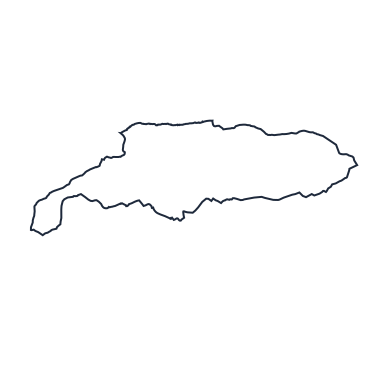 the district of Galautas, Harghita, Romania, rotated 211°
{"feature_id": "2599482B19771129677833", "entity_name": "Galautas", "entity_type": "district", "adm_level": 2, "iso_a3": "ROU", "parent_name": "Romania", "parent_adm1": "Harghita", "projection": "equal_earth", "projection_center": [25.388, 46.905], "detail": "fine", "context": "isolated", "style": "outline", "palette": "slate", "viewbox_px": 384, "rotation_deg": 211, "n_neighbors": 0, "source": "geoboundaries", "source_scale": "gbopen_adm2", "svg_char_len": 6050}
<svg xmlns="http://www.w3.org/2000/svg" viewBox="0 0 384 384"><g transform="rotate(211 192 192)"><path d="M283.5,205.7L282.4,205.5L281.1,205.3L279.7,204.9L277.5,203.7L276.7,202.9L276.3,201.9L275.9,200.6L275.2,197.1L274.3,195.4L273.5,193.6L273.0,192.5L272.4,191.9L271.4,191.5L270.3,191.6L269.8,191.1L269.3,189.7L269.5,188.6L270.5,187.3L271.2,186.0L271.3,185.4L272.0,185.1L273.1,184.1L277.7,181.4L278.2,180.4L278.8,179.6L279.5,179.3L279.9,179.3L281.3,178.8L283.1,178.5L284.1,176.6L284.2,175.2L284.0,174.4L284.3,174.3L286.1,173.6L285.5,171.9L285.3,168.7L284.7,167.0L284.9,166.5L285.4,165.8L285.8,165.1L286.6,164.2L286.9,163.9L287.2,163.9L288.2,162.6L289.4,161.0L291.1,158.7L291.8,157.3L292.7,156.0L293.1,155.1L293.6,154.0L293.7,152.9L294.4,150.5L294.8,149.5L295.9,148.7L296.7,147.7L300.8,141.9L301.7,140.1L301.7,137.5L301.4,136.3L301.5,135.1L302.8,133.6L304.0,130.7L304.8,129.0L310.7,122.0L312.0,120.2L312.5,119.1L313.4,117.9L313.4,115.9L313.9,114.0L314.0,112.7L313.9,111.9L314.4,111.1L315.6,109.8L316.8,108.0L317.8,107.0L318.7,105.7L319.1,104.3L319.5,102.5L319.3,101.0L319.7,99.1L319.5,98.2L316.9,94.4L315.5,91.3L315.1,90.6L314.8,89.6L314.7,88.6L313.9,85.8L312.8,83.8L311.9,78.9L310.5,76.5L309.8,76.7L308.3,78.2L306.9,78.0L305.7,78.0L303.2,78.4L297.7,78.1L296.6,80.9L295.6,82.0L294.8,82.7L293.9,84.5L293.1,85.8L292.9,86.9L292.2,87.9L289.3,90.7L289.6,92.4L289.0,94.5L288.2,96.5L289.4,99.0L290.6,102.4L295.1,109.8L296.7,112.9L298.1,117.5L297.7,120.0L295.7,123.3L292.0,126.2L291.5,126.6L291.5,127.1L291.1,127.8L290.3,128.1L289.8,128.4L288.5,129.3L288.1,129.9L288.1,130.6L286.1,133.0L280.9,132.6L277.0,132.1L274.3,132.2L272.7,132.9L270.8,135.0L269.6,135.8L266.9,135.7L263.6,134.9L262.0,133.8L260.4,133.2L259.0,133.1L257.6,133.6L256.9,134.0L256.1,134.7L255.8,135.4L255.6,136.4L254.7,136.5L254.0,137.3L252.5,138.6L252.1,139.1L251.4,139.8L250.8,140.3L247.2,145.5L246.8,145.3L246.1,146.3L245.4,146.3L241.5,146.6L241.1,146.0L240.4,146.4L240.1,146.9L239.7,148.0L239.8,149.0L237.9,151.3L236.1,154.1L234.9,155.7L234.0,156.7L233.0,157.6L228.5,156.0L226.3,155.1L224.9,156.7L223.8,158.5L223.0,159.3L222.0,159.6L220.8,159.4L219.3,158.9L218.2,157.7L217.6,158.0L217.2,158.6L215.9,157.5L214.7,156.9L213.6,156.5L212.4,156.2L211.0,156.1L209.8,156.2L207.4,156.5L202.7,157.4L197.6,158.0L196.9,157.9L196.8,158.6L196.1,158.5L196.0,159.3L195.9,159.7L193.2,158.7L192.5,159.6L191.7,161.2L191.4,161.6L190.8,161.9L190.3,161.9L189.1,161.4L188.5,161.2L187.7,161.2L187.4,161.5L187.0,161.6L186.8,161.9L186.8,162.3L186.8,162.9L185.5,165.9L187.2,167.7L189.2,170.3L189.4,170.9L189.0,171.3L187.1,171.7L185.5,172.2L180.7,174.6L179.6,177.8L178.8,181.9L178.1,188.8L176.4,193.6L174.4,194.6L170.8,194.3L170.5,197.3L167.4,197.1L165.4,197.5L161.4,197.5L160.9,199.9L159.7,201.7L159.4,201.8L159.0,202.7L158.2,203.8L155.9,204.6L155.6,205.4L154.5,205.8L154.0,206.2L153.9,207.6L152.7,208.4L150.0,209.2L146.1,210.1L144.4,211.3L143.5,212.5L135.9,219.2L129.8,223.7L126.4,224.5L118.3,227.1L114.1,229.5L113.1,230.5L110.5,234.4L104.7,241.3L102.4,243.4L99.7,246.9L95.0,245.7L91.6,246.3L88.3,251.9L85.4,252.0L81.8,256.3L80.4,259.2L80.2,260.4L79.5,260.9L77.2,261.0L77.0,262.3L77.1,265.2L75.7,268.0L75.8,270.7L73.2,273.4L71.2,276.9L70.9,277.4L70.3,278.0L69.6,279.1L67.9,282.9L67.4,283.3L66.9,283.9L66.8,284.6L68.4,291.5L69.0,293.0L64.3,300.1L69.2,302.6L71.3,304.7L72.8,305.0L76.6,304.1L77.9,304.2L79.4,303.8L81.6,302.3L83.0,301.6L84.3,301.2L85.5,301.1L86.2,301.4L86.8,301.9L92.8,306.7L108.5,307.5L111.9,306.6L113.1,306.5L114.8,305.9L115.8,306.0L117.4,305.5L118.6,305.5L119.2,305.4L120.6,304.5L121.4,304.1L122.5,303.7L126.4,302.7L127.4,302.3L128.1,301.9L128.8,301.3L129.4,300.8L131.2,298.9L131.3,298.4L132.5,296.2L132.8,295.8L133.9,295.2L137.2,293.9L139.0,292.0L141.0,290.3L142.9,289.0L144.5,288.1L146.3,286.5L147.7,285.5L150.5,283.3L151.4,282.8L152.3,282.5L153.4,281.9L154.4,281.0L155.3,280.7L156.1,280.1L156.7,280.0L157.7,280.1L158.4,279.9L161.4,280.7L165.6,281.3L166.8,280.9L168.2,280.5L170.0,280.3L171.0,280.1L171.5,280.3L172.6,280.2L173.4,279.8L173.8,279.6L175.0,279.2L175.3,279.0L175.7,278.9L176.2,279.0L176.8,279.0L177.3,278.7L177.8,278.5L178.9,277.9L180.7,277.3L182.9,276.0L185.7,274.0L188.4,270.9L188.6,269.1L189.0,268.4L189.6,267.9L190.7,267.4L191.6,266.4L194.5,264.2L197.4,261.8L198.7,262.3L202.5,262.6L202.9,262.7L204.8,261.4L205.6,260.5L206.3,260.1L207.2,259.9L208.4,260.4L209.0,260.9L210.9,263.0L211.2,263.7L212.1,263.1L213.8,262.1L215.9,260.5L218.6,257.9L218.6,257.7L218.9,257.5L219.3,257.6L219.3,256.9L220.6,255.5L221.2,255.4L221.4,255.0L222.3,254.9L222.6,254.3L223.4,253.9L224.0,253.3L224.4,253.2L225.2,253.2L226.6,251.5L227.4,251.0L228.2,250.3L229.1,249.9L230.7,248.3L232.4,247.2L232.8,246.7L234.1,245.6L234.4,245.2L234.5,244.9L234.8,244.8L236.2,243.8L236.8,243.5L237.0,243.2L237.3,243.2L237.4,242.8L237.9,242.6L238.3,242.5L238.4,242.2L238.6,242.0L238.8,242.2L239.0,242.3L239.3,241.9L240.0,241.5L240.6,240.8L241.3,240.4L242.5,239.5L243.3,239.2L243.6,239.0L243.8,239.0L244.2,239.1L244.5,238.7L244.8,238.7L245.1,238.9L246.0,238.4L246.6,238.2L247.8,238.2L248.3,237.9L248.5,237.5L248.9,237.3L249.0,237.1L249.2,236.9L249.5,236.9L251.8,235.4L252.3,235.3L252.7,235.0L253.1,234.3L253.6,233.8L254.0,233.3L254.5,233.1L255.1,232.6L255.7,232.4L256.0,232.0L256.0,231.5L256.4,231.3L256.6,231.0L256.8,230.9L257.2,230.7L257.6,230.9L257.9,230.9L258.3,231.0L258.9,231.0L259.3,230.9L259.7,230.7L260.9,229.8L262.6,229.1L262.8,228.7L263.1,228.6L263.9,228.6L264.3,228.4L265.0,227.7L265.7,227.2L266.1,226.6L266.4,226.4L266.8,226.3L268.5,225.4L268.9,225.4L269.3,225.1L270.0,224.8L271.6,224.7L272.1,224.5L273.5,223.5L274.1,222.9L274.7,222.4L275.0,222.0L275.9,221.1L276.2,220.7L276.6,219.6L277.2,219.3L277.4,219.0L277.6,218.8L277.7,218.6L277.9,218.3L278.0,217.7L278.2,217.4L278.3,217.1L278.5,216.7L278.4,216.4L278.5,216.1L278.9,216.1L279.1,215.9L279.1,215.6L278.9,215.4L278.9,215.1L279.1,214.7L279.6,214.0L279.6,213.5L280.0,213.0L280.1,212.8L280.1,212.6L279.8,211.8L279.8,211.6L279.9,211.4L280.7,210.7L281.8,208.9L282.9,207.0L283.1,206.4L283.3,205.8L283.5,205.7Z" fill="none" stroke="#1e293b" stroke-width="2"/></g></svg>